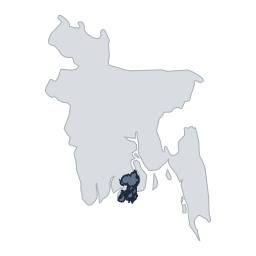 location of Patuakhali, Barisal, Bangladesh
{"feature_id": "16705992B49808088196813", "entity_name": "Patuakhali", "entity_type": "district", "adm_level": 2, "iso_a3": "BGD", "parent_name": "Bangladesh", "parent_adm1": "Barisal", "projection": "orthographic", "projection_center": [90.354, 22.181], "detail": "fine", "context": "in_parent", "style": "filled", "palette": "slate", "viewbox_px": 256, "rotation_deg": 0, "n_neighbors": 0, "source": "geoboundaries", "source_scale": "gbopen_adm2", "svg_char_len": 9564}
<svg xmlns="http://www.w3.org/2000/svg" viewBox="0 0 256 256"><path d="M80.9,190.1L80.9,183.0L76.3,169.0L76.6,167.5L75.7,160.8L74.5,157.0L74.0,153.1L76.8,147.4L75.7,146.5L69.5,144.7L68.8,143.2L70.2,137.6L65.8,132.2L64.1,128.3L69.0,115.5L70.3,106.6L70.0,104.9L67.1,102.9L62.0,102.0L58.4,100.3L56.4,97.8L54.6,96.7L52.4,97.4L49.6,96.4L47.2,93.9L45.3,90.8L46.1,87.5L50.0,79.7L51.4,79.5L54.5,81.1L55.7,81.1L57.9,78.0L61.0,69.2L71.2,70.1L73.7,69.8L76.3,69.1L77.7,68.0L78.5,66.6L78.2,65.4L75.1,63.7L73.9,62.5L73.1,58.9L72.1,57.6L66.0,57.3L62.8,55.7L61.0,54.2L58.0,49.3L54.2,45.7L50.5,44.8L49.1,43.6L48.3,41.8L48.8,39.1L50.8,34.1L61.1,23.2L61.4,22.0L61.0,20.6L58.0,18.8L57.9,17.9L58.7,15.6L60.4,15.4L63.9,17.5L67.4,20.9L69.5,24.0L69.5,26.4L72.3,26.9L74.6,27.9L77.0,27.6L78.5,28.2L79.5,28.0L79.9,26.7L78.0,23.2L79.0,21.8L81.3,21.9L83.0,23.2L84.2,25.8L84.3,30.0L87.0,33.7L90.6,36.4L93.4,37.7L96.8,38.6L99.7,37.7L101.2,35.1L100.6,32.8L101.0,30.7L102.2,29.6L104.0,29.7L105.4,31.3L109.3,40.3L108.5,44.2L109.3,55.1L108.3,62.3L108.9,65.0L109.6,65.5L115.6,66.9L124.3,69.8L130.9,70.8L161.1,69.9L167.7,71.3L187.8,70.0L193.3,72.2L199.3,75.9L202.7,78.6L203.3,80.2L203.0,81.6L201.9,82.3L199.8,82.4L195.0,80.6L194.2,81.2L194.2,85.5L190.5,96.3L190.0,99.7L188.7,101.0L184.7,101.7L182.1,108.0L181.0,108.8L178.4,107.5L176.8,107.7L174.7,108.3L172.7,109.8L171.3,111.6L169.7,112.2L164.0,112.2L162.9,115.1L159.2,118.9L156.7,129.1L156.9,132.2L160.1,140.3L162.4,150.7L163.3,151.8L164.3,151.9L164.4,147.1L165.4,146.5L166.7,147.0L169.5,153.5L171.0,155.1L173.4,155.5L176.1,154.5L178.1,152.6L178.9,150.5L178.1,143.5L179.3,140.6L183.9,136.3L184.6,134.9L184.2,127.9L185.9,127.6L188.3,128.2L191.2,126.4L192.1,126.4L193.4,128.2L195.5,127.8L198.8,141.8L199.2,151.7L200.0,157.2L201.2,158.4L204.8,166.7L208.5,195.7L209.2,214.1L210.7,220.4L209.5,221.8L208.4,222.1L207.3,219.9L199.7,215.3L197.8,215.8L195.3,218.6L194.3,221.1L194.8,224.6L195.6,228.1L197.5,230.1L197.6,232.3L199.8,240.6L199.2,240.6L195.0,233.1L189.8,225.8L188.0,212.5L187.9,205.9L184.4,198.2L181.0,184.8L182.4,180.0L180.0,182.1L176.2,174.0L170.2,166.2L168.5,162.7L168.4,159.3L165.9,162.7L162.5,165.1L159.0,168.8L156.6,169.9L149.2,170.6L144.9,165.8L138.8,153.9L138.0,151.2L138.8,144.3L137.3,137.7L136.9,131.9L135.8,132.4L135.4,134.0L135.6,136.4L135.2,138.5L124.9,137.1L129.3,140.6L134.0,141.4L136.4,144.5L136.6,149.7L132.0,152.8L132.4,155.4L135.1,158.6L131.8,159.5L130.9,161.6L130.8,164.6L133.1,169.2L132.7,171.0L136.6,176.9L137.4,179.8L136.4,183.8L128.0,192.0L125.6,197.8L123.5,200.6L120.9,201.1L117.7,198.3L117.7,195.5L118.3,193.2L122.7,187.8L120.3,188.5L113.5,193.0L112.2,189.4L111.3,186.0L111.3,181.9L114.6,175.7L110.9,178.8L109.9,182.6L110.3,187.1L109.8,190.4L108.3,194.5L106.3,197.0L103.1,198.6L101.6,201.1L99.5,202.9L98.8,194.5L96.5,183.1L96.0,185.5L97.1,192.6L97.1,197.2L95.3,200.8L91.7,204.7L89.0,205.2L87.4,204.6L82.3,198.7L81.9,193.2L80.9,190.1ZM143.2,190.4L137.0,191.8L133.8,191.4L139.7,181.1L139.5,176.6L138.6,172.8L135.5,169.8L135.4,167.7L134.0,164.8L133.3,161.3L136.6,160.2L139.4,162.2L140.4,166.1L141.7,169.0L146.5,175.0L146.4,178.7L145.1,187.7L143.2,190.4ZM156.7,187.0L152.9,189.8L154.1,173.6L156.9,179.6L157.7,182.8L156.7,187.0ZM171.3,178.8L169.6,180.0L168.1,179.0L166.0,175.2L167.0,170.4L167.6,169.7L170.1,174.6L171.3,178.8ZM185.8,212.8L183.6,213.0L182.5,211.9L183.0,210.2L182.4,205.0L185.2,204.5L186.2,208.8L185.8,212.8ZM183.2,198.2L181.7,203.4L181.0,201.1L182.1,196.5L183.2,198.2ZM138.3,156.4L138.9,158.0L135.4,155.9L134.5,154.3L136.0,153.5L138.3,156.4Z" fill="#d9dde1" stroke="#a8b0b8" stroke-width="1"/><path d="M120.5,194.9L120.9,194.5L121.4,194.8L122.9,194.5L123.3,194.7L124.4,195.7L124.7,194.8L125.4,194.2L125.0,193.1L125.5,194.2L125.9,194.2L126.3,194.6L127.1,192.1L127.6,191.5L128.2,191.3L128.8,190.7L128.7,189.5L129.1,188.6L129.5,188.2L129.4,187.5L129.6,187.1L130.9,186.5L130.8,186.8L129.7,187.3L129.8,188.4L129.1,189.3L129.3,190.4L130.8,190.9L131.9,189.7L133.1,187.9L132.6,185.9L133.2,185.5L132.7,185.9L133.1,187.2L133.3,187.4L133.9,187.0L134.4,185.7L136.4,183.7L137.4,181.3L137.3,181.8L137.9,181.7L137.5,182.4L137.4,183.2L138.1,182.7L138.5,182.0L138.4,181.7L139.0,181.5L138.9,179.0L138.4,179.1L138.3,177.8L137.9,177.3L137.6,176.5L138.2,177.6L138.4,176.3L137.4,175.4L136.6,176.5L136.5,177.1L136.5,177.4L137.4,178.2L137.1,178.2L136.4,177.4L136.4,176.4L137.0,175.3L136.6,174.9L136.4,174.1L136.7,174.9L137.0,175.2L137.1,174.9L136.8,174.0L136.3,173.4L136.1,173.1L136.4,173.5L136.5,173.3L136.0,172.7L134.6,172.0L133.7,172.1L133.7,172.4L134.2,172.4L134.2,172.6L133.6,173.1L133.2,172.6L132.4,173.2L131.6,173.0L131.0,174.1L131.0,175.2L130.6,176.0L129.9,175.2L129.3,175.0L128.3,174.3L127.2,175.7L126.6,175.1L126.3,175.5L125.8,175.4L125.5,175.7L125.2,175.5L125.0,175.4L124.6,175.9L123.2,176.4L123.2,176.8L122.8,177.6L122.2,177.8L121.9,178.5L121.9,179.6L121.7,179.8L121.7,180.4L121.6,180.7L121.2,180.7L121.5,181.3L120.2,180.5L120.6,181.4L120.8,181.2L120.9,181.4L120.8,181.8L120.4,181.7L120.5,183.3L120.8,183.6L120.9,184.2L121.6,184.7L123.3,185.5L123.6,185.0L123.3,184.8L123.6,184.6L124.0,183.7L125.6,183.9L125.6,184.3L125.4,184.2L125.5,184.8L125.7,184.7L125.6,184.4L126.1,184.4L127.2,183.7L127.0,184.4L127.8,184.9L128.1,184.9L128.1,185.4L128.3,185.5L128.0,185.9L127.7,185.9L127.8,186.3L128.6,186.2L127.3,187.5L127.3,188.6L127.7,189.6L127.2,189.7L127.0,190.6L126.9,190.3L126.5,190.3L126.6,190.7L125.8,190.9L125.6,191.4L125.2,191.4L125.6,191.7L125.2,191.9L125.4,192.1L125.1,192.7L124.3,192.7L124.1,193.1L123.8,192.6L123.1,192.6L123.8,192.2L123.3,192.1L123.6,191.6L123.0,191.4L122.8,191.1L122.6,191.2L122.4,190.9L122.7,190.6L122.3,190.4L121.8,190.6L121.9,191.3L122.1,191.6L122.4,191.5L122.4,191.8L122.8,192.0L122.6,192.3L122.7,192.7L122.4,192.8L122.4,193.1L121.6,193.1L121.8,193.4L121.6,193.9L122.0,194.5L121.4,194.7L120.9,194.4L120.5,194.9ZM125.2,198.0L126.1,194.9L125.8,194.3L125.0,194.8L124.7,195.6L124.3,195.8L123.2,194.7L122.7,194.6L121.4,194.9L120.9,194.7L120.1,195.6L120.4,196.7L120.2,196.9L119.4,196.9L119.4,197.7L120.5,198.0L120.5,197.8L120.8,197.4L121.3,197.5L121.6,196.8L122.1,196.5L122.3,196.0L122.2,196.5L121.7,196.8L121.4,197.6L120.9,197.4L120.5,198.1L119.4,197.8L119.1,198.7L118.2,199.4L118.2,200.2L119.0,201.0L120.9,201.7L121.7,201.8L123.1,201.5L124.5,200.0L124.8,199.0L124.7,198.7L125.2,198.0ZM132.7,194.4L132.4,192.6L132.0,191.8L130.3,192.6L128.0,194.7L126.2,198.5L126.5,199.6L126.9,199.9L127.8,199.8L128.7,199.1L128.7,198.8L128.4,198.3L128.0,197.2L128.6,198.4L129.4,199.0L129.1,199.3L129.3,199.2L129.9,198.1L131.9,197.1L132.6,196.4L133.2,195.5L132.7,194.4ZM136.3,186.7L135.6,186.9L134.9,187.8L134.6,188.6L132.7,191.0L132.5,192.0L132.8,192.9L133.4,192.8L132.8,193.1L132.7,193.4L133.4,195.5L136.1,191.9L136.3,190.5L136.1,189.2L136.3,188.5L135.7,188.0L136.3,186.7ZM136.4,194.5L135.5,194.5L133.9,196.1L133.5,197.2L133.8,198.2L135.3,198.6L136.0,198.5L136.9,195.2L136.4,194.9L136.4,194.5ZM135.0,199.6L134.0,199.3L133.1,199.5L132.5,200.1L132.4,201.0L132.8,201.3L133.2,201.3L135.0,199.6ZM129.6,191.8L130.5,190.9L129.2,190.7L128.3,191.6L127.4,193.1L127.5,193.8L127.8,193.5L128.4,192.0L128.9,191.8L129.3,192.1L129.6,191.8ZM137.6,184.4L136.4,184.5L136.5,185.1L136.3,185.9L136.0,186.5L136.3,186.5L137.6,184.4ZM135.3,199.4L135.1,199.0L134.2,198.3L133.3,199.1L135.0,199.5L135.3,199.4ZM127.4,194.3L129.3,192.2L128.9,191.8L128.3,192.5L127.9,193.6L127.4,194.3ZM130.2,198.5L131.4,198.2L131.8,197.4L130.4,198.0L130.2,198.5ZM136.2,193.0L135.6,194.2L136.5,194.4L136.6,194.1L136.2,193.0ZM135.9,171.7L135.7,171.7L135.9,171.6L135.3,171.0L135.1,171.0L135.3,171.8L136.3,172.6L135.9,171.7ZM130.9,200.5L131.7,200.2L131.7,199.4L130.8,199.9L130.7,200.3L130.9,200.5ZM133.0,198.8L133.6,198.1L133.2,197.4L132.8,198.2L133.0,198.8ZM132.1,199.8L132.6,199.5L132.6,198.3L132.0,199.2L132.1,199.8ZM137.6,183.7L138.7,182.6L138.5,182.0L138.1,182.8L137.3,183.8L137.6,183.7ZM135.7,186.4L136.3,185.7L136.4,184.6L136.0,184.8L136.1,185.1L135.9,185.8L135.6,186.3L135.7,186.4ZM128.9,199.6L128.5,199.6L128.4,200.1L128.5,200.3L129.0,200.3L128.9,199.6ZM137.2,195.3L137.1,195.7L137.1,196.9L137.4,196.1L137.4,195.5L137.2,195.3ZM132.5,201.7L132.4,201.2L132.1,201.0L131.8,201.5L132.5,201.7ZM130.3,199.6L130.7,199.4L130.9,199.0L130.1,199.4L130.3,199.6ZM134.6,187.1L134.7,186.9L134.8,186.1L134.6,186.5L134.6,187.1ZM129.9,198.8L130.2,198.4L130.3,198.1L129.9,198.3L129.9,198.8ZM135.3,194.2L135.6,193.9L135.6,193.6L135.2,194.0L135.3,194.2ZM135.6,186.0L135.9,185.8L136.0,185.0L135.6,185.8L135.6,186.0ZM134.4,171.2L134.7,171.5L134.9,171.7L134.6,170.9L134.4,171.2ZM129.0,202.2L129.3,201.9L129.3,201.5L128.8,202.1L129.0,202.2ZM132.4,202.9L132.5,202.7L132.3,202.4L132.1,202.7L132.4,202.9ZM119.1,197.9L119.3,197.7L119.3,196.8L119.0,197.2L119.1,197.9ZM132.7,192.7L132.4,192.2L132.5,191.4L132.3,191.9L132.7,192.7ZM131.5,191.7L131.8,191.5L131.7,191.3L131.4,191.4L131.5,191.7ZM132.3,197.7L132.6,197.3L132.7,197.0L132.4,197.5L132.3,197.7ZM129.2,188.8L129.5,188.7L129.5,188.4L129.2,188.5L129.2,188.8ZM137.1,175.5L137.1,175.1L136.8,175.7L137.1,175.5ZM128.4,192.3L128.6,192.1L128.8,191.9L128.5,192.0L128.4,192.3ZM118.4,198.8L118.8,198.4L119.0,198.0L118.6,198.4L118.4,198.8ZM129.3,192.4L129.4,192.2L129.9,191.6L129.5,191.9L129.3,192.4ZM127.7,192.3L127.8,191.9L127.5,192.2L127.7,192.3ZM134.9,170.8L135.0,171.0L135.2,170.9L134.9,170.8ZM131.2,191.8L131.3,191.6L131.2,191.5L131.2,191.8ZM133.1,188.5L133.4,188.6L133.1,188.5ZM134.8,194.7L135.0,194.6L134.9,194.5L134.8,194.7ZM119.9,196.7L120.3,196.7L120.2,196.4L120.3,196.6L119.9,196.7ZM139.1,177.7L139.0,177.9L139.0,178.0L139.1,177.8L139.1,177.7ZM132.1,191.8L132.1,191.7L132.1,191.8Z" fill="#64748b" stroke="#1e293b" stroke-width="1.5"/></svg>